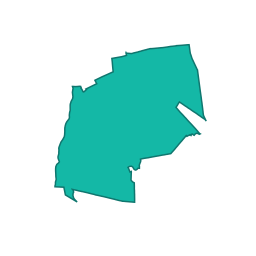 the district of Galbinasi, Buzau, Romania, rotated 244°
{"feature_id": "2599482B63916266325360", "entity_name": "Galbinasi", "entity_type": "district", "adm_level": 2, "iso_a3": "ROU", "parent_name": "Romania", "parent_adm1": "Buzau", "projection": "equal_earth", "projection_center": [26.944, 45.056], "detail": "fine", "context": "isolated", "style": "filled", "palette": "teal", "viewbox_px": 256, "rotation_deg": 244, "n_neighbors": 0, "source": "geoboundaries", "source_scale": "gbopen_adm2", "svg_char_len": 4858}
<svg xmlns="http://www.w3.org/2000/svg" viewBox="0 0 256 256"><g transform="rotate(244 128 128)"><path d="M189.6,182.8L189.6,182.7L189.7,182.4L189.7,182.1L189.9,181.2L190.0,180.9L190.0,180.7L190.2,180.1L190.3,179.2L190.4,178.9L190.4,178.6L190.5,178.2L190.6,177.9L190.6,177.7L190.7,177.4L190.8,176.9L190.8,176.7L191.2,174.9L191.4,173.5L191.4,173.3L191.7,171.9L191.8,171.7L192.0,170.0L192.3,168.9L192.5,168.0L192.7,167.2L192.9,166.2L193.0,165.9L193.1,165.0L193.4,163.7L195.6,160.0L195.9,159.5L196.4,159.2L196.5,159.2L196.4,159.1L193.9,158.5L194.3,156.3L194.9,153.4L197.6,144.0L197.3,143.9L194.5,142.9L192.2,142.0L189.6,141.0L185.0,139.3L185.2,132.6L185.4,127.1L185.4,123.3L185.4,119.2L184.7,119.2L181.5,119.3L181.5,107.4L180.9,107.7L179.9,104.7L179.9,103.9L180.5,103.4L181.0,103.4L181.5,103.6L182.1,103.6L182.8,103.3L183.2,103.5L184.3,103.1L184.6,103.4L184.8,103.6L185.4,103.5L186.1,103.7L186.6,103.0L187.2,101.5L187.6,100.4L188.1,99.4L188.2,99.0L188.6,98.2L189.0,97.7L189.2,97.2L189.6,96.6L189.7,96.3L187.9,96.1L186.2,94.9L184.5,93.7L181.1,92.5L180.2,92.2L178.6,91.0L176.8,88.5L176.1,87.9L174.8,86.6L173.4,85.8L169.2,83.8L167.5,82.3L165.3,80.9L163.4,80.1L162.3,79.4L161.8,78.5L160.4,75.7L159.2,74.1L157.8,72.8L155.8,71.3L154.7,70.7L152.6,69.7L149.6,68.0L148.1,66.9L146.1,64.1L144.8,61.7L143.1,59.8L140.9,57.5L139.9,56.8L138.5,56.3L136.6,55.2L135.3,54.6L133.0,52.6L131.8,52.0L130.7,51.8L128.6,51.6L127.7,51.5L127.0,50.1L126.6,48.4L126.2,47.7L124.9,46.2L123.3,45.2L121.3,44.2L118.2,42.9L116.0,41.9L113.4,41.0L112.4,40.2L111.2,39.1L109.2,38.1L108.1,37.1L107.2,36.6L102.9,44.4L95.3,42.4L83.8,49.9L84.9,49.4L85.3,49.4L85.6,49.2L86.0,49.1L87.6,48.6L88.7,48.5L89.3,48.5L89.7,48.6L90.3,48.7L90.9,48.8L91.5,49.0L91.8,49.0L92.0,49.1L92.2,49.3L92.4,49.5L92.5,49.5L92.9,49.8L93.2,49.9L93.4,50.0L93.6,50.2L93.8,50.6L94.0,50.9L94.5,51.0L94.8,51.2L95.0,51.3L95.3,51.3L95.6,51.4L95.8,51.5L96.0,51.6L96.6,51.3L96.9,51.2L97.2,51.0L97.3,51.0L95.0,53.9L94.1,55.0L93.0,56.3L92.0,57.6L91.7,58.0L91.3,58.4L91.1,58.8L88.5,62.0L87.3,63.5L86.5,64.4L86.1,64.9L84.8,66.4L83.7,67.8L82.6,69.1L82.3,69.2L80.6,71.5L79.7,72.6L78.8,73.7L78.0,74.7L77.0,76.0L75.1,78.3L71.4,82.7L69.7,84.8L69.4,85.1L66.6,88.4L65.3,90.2L64.8,90.6L63.9,92.2L63.1,93.5L58.4,101.4L60.2,102.3L61.2,102.8L62.5,103.4L64.4,104.3L65.0,104.6L67.3,105.6L68.5,106.2L69.7,106.7L70.7,107.1L72.9,108.2L76.0,109.6L77.1,108.8L77.6,108.5L78.9,108.1L79.3,108.0L79.5,108.0L79.8,107.9L80.3,108.1L80.5,108.2L81.4,108.7L86.5,111.4L86.6,111.5L87.5,111.9L87.6,110.5L91.5,110.8L92.6,110.7L92.8,111.7L92.7,112.8L92.4,113.7L92.2,114.2L91.9,114.5L91.3,114.9L90.6,115.2L88.7,115.3L88.2,115.4L88.0,115.5L87.3,115.9L87.0,116.2L86.9,116.4L86.8,116.7L86.8,117.1L86.9,118.0L87.3,118.9L87.5,119.3L86.8,120.6L87.4,120.9L88.4,121.4L89.6,121.8L90.7,122.9L91.6,123.9L92.1,124.5L93.3,125.3L94.5,125.5L94.4,126.4L93.6,129.4L93.2,130.7L92.6,132.6L92.5,132.8L91.8,135.5L90.8,139.1L90.1,141.6L89.8,142.5L89.2,144.7L88.6,147.0L88.0,148.8L87.4,151.1L87.2,151.6L87.1,151.9L87.1,152.2L86.9,152.7L86.9,152.8L86.2,155.2L87.0,157.1L87.1,157.4L88.2,160.1L88.6,161.0L89.0,161.8L89.3,162.5L89.6,163.1L89.7,163.4L89.8,163.7L90.1,164.3L90.3,164.9L90.6,165.4L91.2,166.7L91.2,166.8L91.4,167.2L91.8,168.2L92.0,168.6L92.7,170.3L92.8,170.6L92.9,170.8L93.6,172.3L94.3,173.9L94.3,174.0L95.7,177.1L95.6,177.3L94.7,177.3L94.7,177.7L94.8,179.0L94.7,179.8L94.6,180.1L94.5,180.4L94.8,180.6L94.7,181.2L93.7,181.4L94.5,182.6L94.5,183.0L94.0,183.5L93.0,183.8L92.6,184.2L92.8,184.3L92.8,184.6L92.8,185.0L92.9,185.3L93.2,185.8L93.3,186.3L93.3,186.9L93.1,187.6L92.8,187.7L92.8,187.9L92.3,188.6L91.7,188.9L91.4,189.1L91.1,189.3L91.1,189.7L91.1,190.3L91.7,189.9L97.9,188.3L100.9,187.4L103.3,186.7L106.4,185.7L108.7,185.0L110.2,184.6L111.7,184.2L113.1,183.7L115.0,183.2L117.8,182.3L118.9,181.9L122.7,180.9L125.5,180.2L126.4,181.6L126.4,181.8L127.2,182.9L128.9,185.6L125.1,187.8L124.7,188.0L122.9,189.0L121.3,190.0L119.2,191.1L118.4,191.7L117.6,192.1L115.4,193.3L113.8,194.2L112.9,194.8L111.2,195.8L109.5,196.7L108.7,197.1L107.9,197.6L106.4,198.4L105.3,199.0L103.9,199.8L101.9,201.0L100.6,201.2L100.6,201.3L101.2,201.3L102.9,201.3L104.2,201.3L106.2,201.4L106.3,201.4L106.5,201.4L106.7,201.5L107.0,201.6L107.7,201.8L108.2,202.0L108.6,202.1L109.1,202.3L109.6,202.5L110.5,202.8L111.7,203.2L113.0,203.7L114.0,204.0L115.1,204.4L116.0,204.7L117.0,205.0L117.7,205.3L118.7,205.6L120.3,206.1L123.2,207.1L127.2,208.4L130.0,209.3L134.2,210.7L138.1,212.0L148.6,215.5L149.7,215.9L150.0,215.8L156.5,215.9L162.9,216.0L163.1,216.1L165.9,216.5L167.7,216.7L169.1,217.1L171.2,217.8L172.4,218.2L173.3,218.5L175.2,219.1L176.1,219.4L176.6,218.2L179.0,212.0L180.8,207.6L180.7,207.5L180.7,207.4L181.9,204.0L182.7,201.9L183.0,200.8L183.3,199.8L183.3,199.7L184.6,195.7L185.2,193.9L185.3,193.8L186.3,191.1L188.1,186.3L189.0,184.0L189.4,183.1L189.6,182.8Z" fill="#14b8a6" stroke="#0f766e" stroke-width="1.5"/></g></svg>